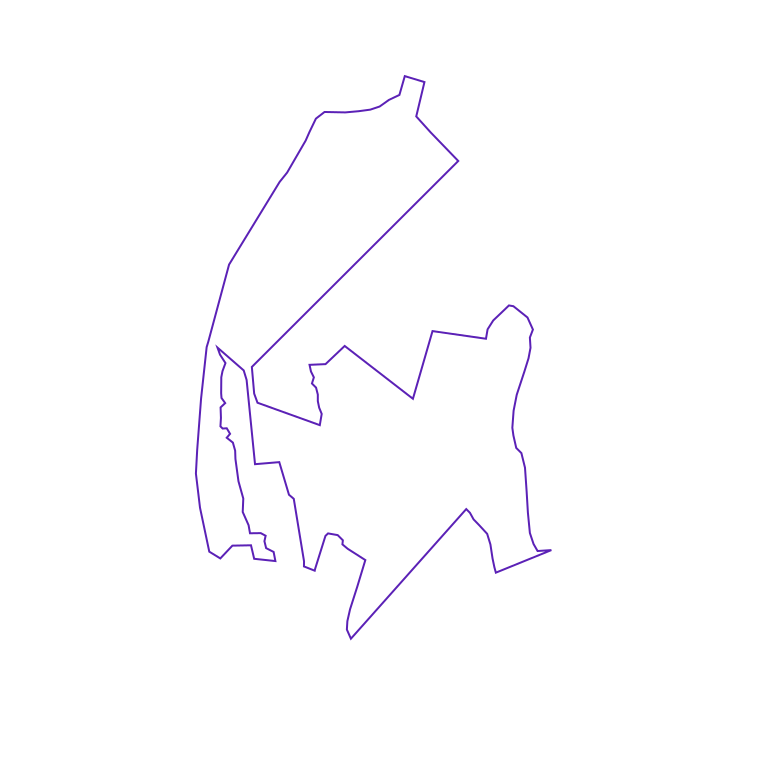 Sergeli, Tashkent, Uzbekistan (orthographic projection), rotated 315°
{"feature_id": "79887680B58716268454454", "entity_name": "Sergeli", "entity_type": "district", "adm_level": 2, "iso_a3": "UZB", "parent_name": "Uzbekistan", "parent_adm1": "Tashkent", "projection": "orthographic", "projection_center": [69.201, 41.185], "detail": "fine", "context": "isolated", "style": "outline", "palette": "violet", "viewbox_px": 768, "rotation_deg": 315, "n_neighbors": 0, "source": "geoboundaries", "source_scale": "gbopen_adm2", "svg_char_len": 1774}
<svg xmlns="http://www.w3.org/2000/svg" viewBox="0 0 768 768"><g transform="rotate(315 384 384)"><path d="M594.2,278.8L594.9,239.1L596.0,217.6L626.1,199.1L616.4,181.0L599.3,190.5L588.4,186.6L577.1,184.7L568.3,180.3L559.0,173.2L548.7,164.6L534.3,149.6L523.5,148.2L509.5,153.1L500.7,156.5L465.0,166.0L453.1,167.3L358.9,190.0L289.4,230.0L284.7,232.5L244.3,265.0L205.3,298.5L187.7,314.3L166.4,341.4L141.9,379.0L144.9,391.6L162.5,391.1L175.9,404.0L168.6,415.8L182.0,432.4L187.2,424.7L184.6,416.7L188.3,410.6L193.0,407.6L191.4,402.3L183.7,394.8L188.4,388.1L193.6,374.6L203.5,365.5L212.3,349.9L225.9,332.0L231.6,325.9L235.7,318.6L234.8,310.8L239.9,310.4L241.5,304.1L238.4,301.4L238.4,298.3L244.7,292.7L251.9,285.0L258.2,285.2L259.2,279.0L262.3,275.4L268.0,269.8L273.7,264.2L278.9,260.7L286.7,257.1L288.8,247.3L292.0,240.5L294.4,275.2L289.7,284.0L236.1,349.5L254.7,365.2L238.5,395.1L239.0,401.4L202.1,452.8L198.4,456.4L203.0,467.0L204.6,466.0L235.2,450.0L238.8,450.1L244.4,458.1L244.4,465.4L241.2,468.0L241.8,474.8L246.3,495.3L222.0,508.3L200.7,519.3L190.4,525.8L184.1,531.4L180.5,540.7L353.7,530.6L353.7,535.8L351.6,543.1L351.5,550.4L351.0,562.9L345.8,572.7L337.4,584.1L332.5,591.6L329.7,596.5L384.9,619.8L374.5,610.7L376.6,602.9L381.8,592.5L394.8,576.7L408.9,560.8L424.5,542.9L432.3,530.0L432.3,522.7L439.1,511.9L443.8,505.7L456.8,494.5L470.2,485.5L479.1,481.0L492.0,474.5L504.4,468.0L513.2,462.0L520.0,454.3L527.8,450.8L532.5,438.4L530.5,420.5L527.9,416.8L518.1,416.6L506.2,416.3L495.9,418.6L488.1,424.1L455.7,380.9L394.0,414.9L383.1,329.3L356.7,328.6L344.9,317.8L341.2,323.5L339.1,329.7L333.4,332.7L333.4,338.5L329.7,344.7L325.1,349.3L321.4,354.9L318.8,361.1L309.5,367.7L281.3,307.8L285.4,299.0L302.6,278.5L594.2,278.8Z" fill="none" stroke="#5b21b6" stroke-width="2"/></g></svg>